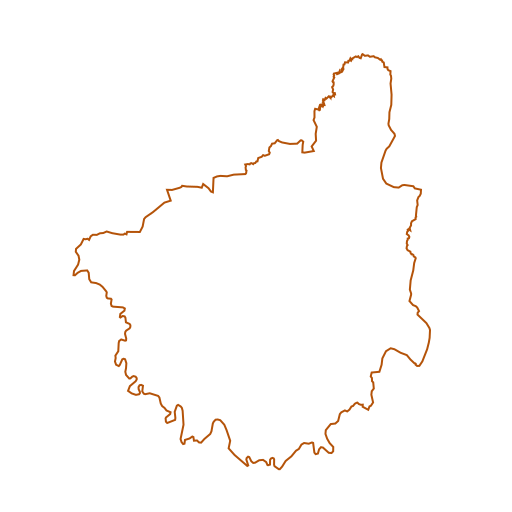 outline of Tham Phannara, Nakhon Si Thammarat, Thailand, rotated 5°
{"feature_id": "78962969B12652914635488", "entity_name": "Tham Phannara", "entity_type": "district", "adm_level": 2, "iso_a3": "THA", "parent_name": "Thailand", "parent_adm1": "Nakhon Si Thammarat", "projection": "natural_earth1", "projection_center": [99.386, 8.47], "detail": "fine", "context": "isolated", "style": "outline", "palette": "amber", "viewbox_px": 512, "rotation_deg": 5, "n_neighbors": 0, "source": "geoboundaries", "source_scale": "gbopen_adm2", "svg_char_len": 6045}
<svg xmlns="http://www.w3.org/2000/svg" viewBox="0 0 512 512"><g transform="rotate(5 256 256)"><path d="M355.8,46.7L352.1,47.6L350.1,46.4L347.0,47.1L344.6,45.6L344.1,46.0L343.1,49.9L341.8,49.6L340.5,48.1L339.3,49.0L338.0,48.5L334.8,50.8L334.8,51.5L334.0,51.3L333.8,52.4L332.8,51.0L332.3,52.6L332.8,53.2L331.0,53.5L330.9,55.2L327.8,55.3L327.4,57.4L326.5,57.7L326.4,60.3L325.5,61.8L326.7,61.8L326.8,62.4L326.3,63.3L325.2,63.6L325.9,64.4L325.7,64.9L323.8,66.0L323.2,64.8L322.8,66.8L320.9,67.8L320.6,67.4L321.5,66.2L317.7,67.5L317.5,68.5L318.1,69.4L317.7,70.7L318.4,71.3L317.0,75.3L317.4,76.0L318.2,76.2L318.4,78.3L318.2,79.7L317.1,81.1L318.3,83.4L318.0,86.0L318.9,86.9L320.3,86.8L320.7,88.2L319.4,88.4L319.7,90.0L318.6,89.4L316.9,91.7L315.8,90.6L315.4,90.7L315.7,91.5L314.6,90.6L312.4,93.1L311.5,92.5L310.8,94.6L309.3,94.0L309.1,95.0L309.8,95.8L309.2,96.9L310.1,97.6L309.3,99.0L310.7,98.8L311.0,99.6L310.3,99.6L309.9,100.6L309.0,100.3L309.1,101.1L308.5,100.7L307.9,101.2L307.4,99.5L306.6,99.8L305.8,103.1L306.9,103.1L306.9,104.9L306.3,105.3L305.7,104.7L302.1,104.2L301.6,106.6L302.2,112.9L301.5,115.6L305.3,122.0L304.8,129.1L305.8,135.9L301.9,142.0L304.4,146.4L295.4,148.8L293.1,148.7L292.8,141.2L293.1,138.0L291.4,136.8L290.4,136.9L287.2,140.5L280.0,141.4L272.0,140.6L268.7,139.5L267.7,138.5L267.0,138.8L264.8,142.1L262.2,142.7L261.3,145.2L259.9,146.7L259.6,150.3L260.7,151.9L260.2,153.5L256.0,155.4L254.3,154.9L253.0,156.7L249.7,158.2L249.2,161.6L248.1,161.8L247.2,163.4L245.6,163.9L245.2,164.7L243.5,163.9L242.4,164.2L241.7,165.3L239.9,165.1L237.3,165.8L238.2,167.3L237.9,168.6L238.4,171.2L239.1,171.7L238.9,174.4L238.3,175.3L226.7,176.9L220.3,179.1L213.5,179.3L210.3,180.1L206.9,181.9L207.5,196.3L205.5,195.7L202.8,192.6L197.1,188.9L196.0,192.7L191.7,192.2L180.9,192.8L176.3,192.5L175.7,193.7L174.0,194.7L166.6,197.5L161.6,197.8L166.2,208.3L160.1,210.8L149.5,221.3L142.6,227.0L141.3,228.9L140.5,236.6L138.2,242.2L125.5,243.2L125.1,245.7L123.4,245.1L122.1,246.2L118.9,246.5L110.8,245.8L105.1,244.6L101.9,246.4L98.5,247.0L95.6,248.8L91.6,249.1L89.6,250.8L88.3,254.5L86.8,253.5L84.6,254.2L82.8,254.0L80.5,259.8L76.1,264.6L76.1,267.5L79.2,271.2L80.3,275.1L79.5,280.1L76.0,286.8L75.9,291.0L77.3,291.0L79.8,288.3L83.0,286.1L89.1,285.1L90.8,287.3L91.9,293.6L94.1,296.6L99.1,296.9L102.9,298.1L105.8,300.1L110.0,304.4L110.5,305.3L110.3,308.8L111.0,310.6L112.1,311.2L115.2,311.2L115.9,311.9L115.6,316.2L116.5,318.4L118.0,318.9L127.8,318.8L129.9,319.7L129.7,321.9L125.9,325.5L125.7,328.7L126.3,329.1L128.4,327.4L130.4,327.6L131.3,328.9L132.2,333.4L136.0,334.7L136.9,335.9L137.0,337.6L136.4,339.1L133.1,341.7L132.4,343.1L132.3,345.0L133.9,349.5L133.9,351.4L133.0,351.8L129.0,350.9L127.1,352.6L126.8,354.6L127.1,362.9L124.6,367.5L125.1,369.9L124.7,373.4L126.1,376.5L128.9,377.6L129.8,376.4L131.8,370.6L133.1,369.9L134.6,370.3L136.2,374.1L136.3,379.1L135.9,382.7L136.9,385.8L140.4,389.1L141.5,388.9L143.2,387.0L144.5,386.3L146.6,386.7L147.8,388.1L147.9,389.4L147.0,391.3L141.7,396.6L140.3,401.5L144.1,403.7L148.5,404.8L151.6,403.9L152.3,402.8L152.2,401.6L150.7,398.9L150.4,396.8L151.3,394.9L152.8,394.4L154.7,395.1L154.5,400.8L156.3,403.0L157.7,403.3L162.1,402.0L170.7,403.9L172.1,405.4L174.0,411.3L175.6,413.7L178.1,415.3L180.3,417.7L184.5,419.1L184.3,420.9L180.5,424.6L180.1,425.6L180.7,428.9L182.1,430.1L189.7,426.3L189.8,424.4L188.6,418.3L190.2,412.0L191.4,411.1L194.2,412.5L195.4,413.8L196.4,416.6L198.5,430.4L196.8,444.9L198.0,447.8L199.8,449.7L201.1,449.2L201.3,445.4L205.7,443.6L208.3,441.4L209.4,441.8L210.3,445.4L213.3,444.9L215.5,446.7L217.6,446.7L220.5,442.8L225.9,437.3L226.9,434.5L227.6,426.6L228.3,424.8L230.0,422.6L232.1,422.2L234.7,422.7L239.1,426.8L241.8,431.9L246.4,442.3L245.5,450.0L252.0,456.1L265.6,465.9L266.5,465.3L264.1,459.6L264.3,458.1L265.6,456.6L266.8,456.9L269.2,460.9L271.3,462.4L273.1,462.0L277.0,459.2L280.8,458.5L284.1,460.4L285.6,463.2L286.2,463.4L288.1,462.6L287.8,457.8L288.6,456.4L290.0,455.7L291.3,456.1L291.8,457.0L292.2,462.4L292.8,463.8L297.3,466.4L298.3,466.3L300.4,463.5L303.4,457.6L308.7,452.5L312.8,446.5L315.5,444.5L317.7,439.9L320.2,438.1L324.9,438.4L328.0,436.9L329.2,437.2L331.3,446.8L332.7,448.2L334.9,447.4L335.7,443.1L337.4,440.8L339.4,441.0L345.6,445.7L348.4,445.7L349.9,443.8L349.6,439.5L345.7,436.0L342.8,431.8L340.7,427.2L340.7,423.4L345.1,416.9L349.6,416.0L352.2,413.2L353.3,406.2L354.6,404.3L358.0,402.1L360.4,402.9L362.5,400.9L364.2,397.6L365.8,396.9L367.3,394.6L368.9,393.5L369.8,393.2L371.3,394.5L373.5,395.1L375.3,394.8L375.4,396.9L381.2,399.4L382.2,395.9L383.5,395.2L385.4,391.7L383.0,384.1L383.1,380.6L384.9,377.8L383.8,371.7L382.5,370.6L382.1,367.4L380.8,366.0L381.4,362.0L389.0,360.6L390.6,353.4L390.8,347.0L393.8,339.5L398.2,336.2L402.0,336.8L408.5,339.8L414.9,341.6L418.8,345.6L423.2,349.1L424.0,349.1L424.6,349.6L424.5,350.4L426.1,351.5L428.3,351.2L430.9,346.5L434.6,334.0L435.7,327.2L436.1,322.4L435.8,314.6L435.0,312.6L431.6,308.0L422.0,300.3L422.0,298.4L423.2,296.7L421.1,293.3L419.6,292.1L416.7,291.2L412.8,287.5L413.9,281.1L413.8,279.8L412.2,276.1L412.2,266.8L413.9,256.7L414.2,249.2L415.3,244.3L414.9,243.5L413.2,242.7L412.7,241.3L411.6,240.6L410.8,240.8L409.6,239.3L409.4,238.2L406.5,237.0L405.3,235.2L405.5,232.8L406.1,231.9L405.1,230.5L405.1,227.9L405.7,226.7L405.6,225.4L406.8,225.0L407.1,223.6L406.3,222.2L404.3,221.0L404.5,218.8L405.2,217.9L404.8,216.6L405.5,216.0L407.4,217.0L406.6,214.6L407.8,212.0L407.6,209.9L408.3,207.8L411.8,205.4L411.6,203.6L412.2,202.9L411.8,201.7L411.9,193.3L412.6,191.1L411.7,186.6L412.7,183.1L413.8,181.9L414.7,179.6L414.6,175.6L408.3,174.8L406.7,172.8L397.6,172.3L395.5,172.8L392.2,175.4L387.3,175.4L379.5,172.5L375.8,168.0L372.8,157.5L372.8,152.0L375.9,139.7L376.8,137.8L379.2,135.2L384.0,124.3L383.3,122.2L379.6,118.7L376.8,114.3L376.4,112.7L376.8,108.0L376.4,101.1L377.6,93.7L377.0,83.5L375.0,72.4L375.3,67.6L374.8,64.8L374.0,63.5L373.9,60.1L371.6,59.4L370.7,58.2L370.5,56.6L367.5,56.6L366.4,52.1L364.8,51.4L364.6,50.2L363.7,50.0L363.2,49.1L362.5,49.6L360.1,48.1L357.1,47.7L355.8,46.7Z" fill="none" stroke="#b45309" stroke-width="2"/></g></svg>